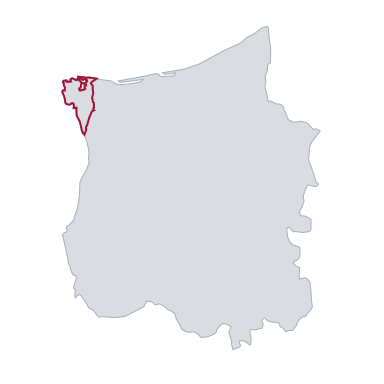 Sud-Comoé highlighted on a map of Ivory Coast, rotated 176°
{"feature_id": "CIV-3462", "entity_name": "Sud-Comoé", "entity_type": "Region", "adm_level": 1, "iso_a3": "CIV", "parent_name": "Ivory Coast", "parent_adm1": "", "projection": "natural_earth1", "projection_center": [-3.177, 5.67], "detail": "fine", "context": "in_parent", "style": "outline", "palette": "rose", "viewbox_px": 384, "rotation_deg": 176, "n_neighbors": 0, "source": "natural_earth", "source_scale": "10m", "svg_char_len": 5940}
<svg xmlns="http://www.w3.org/2000/svg" viewBox="0 0 384 384"><g transform="rotate(176 192 192)"><path d="M87.1,60.1L88.4,60.1L91.7,58.9L94.7,56.4L97.5,51.1L101.4,46.8L105.6,47.1L106.9,46.3L108.4,46.2L110.2,49.0L112.0,51.1L113.3,51.2L114.2,55.2L122.0,56.9L125.3,58.0L128.2,61.0L129.1,61.1L130.3,60.4L131.2,59.4L131.4,58.3L130.2,55.6L130.8,53.2L132.0,51.1L134.1,50.9L137.1,50.3L140.6,50.3L143.1,50.7L144.2,48.6L143.2,42.5L143.5,39.2L143.9,36.4L144.9,35.3L148.7,38.8L152.3,40.1L154.8,40.2L155.5,39.5L154.4,35.7L154.7,34.5L155.7,33.8L157.3,33.4L161.9,31.9L162.3,32.2L163.2,38.2L162.8,40.2L163.7,44.3L164.9,48.1L164.8,49.7L163.8,52.1L162.7,54.2L162.8,55.1L164.6,56.6L168.0,58.1L171.6,58.5L173.6,56.3L175.6,54.4L177.1,52.8L177.6,50.4L179.8,48.7L186.3,46.5L192.3,46.2L193.7,46.9L196.4,50.2L199.8,52.5L205.0,52.2L208.7,53.6L212.0,56.1L214.1,61.8L216.5,65.9L217.6,71.8L221.3,74.9L224.3,76.3L228.3,80.5L232.4,82.7L236.7,82.2L238.7,84.4L241.9,86.0L245.1,86.1L247.9,81.2L251.6,79.3L261.0,75.3L264.8,73.6L268.5,72.4L277.6,72.1L286.0,73.3L290.2,74.2L293.0,73.5L295.7,75.9L298.5,80.7L300.8,82.3L303.2,84.0L304.9,87.8L307.0,91.7L308.1,93.4L310.6,97.1L312.8,97.2L314.9,95.6L315.8,94.4L316.2,96.8L315.4,100.9L315.6,103.4L316.8,104.3L316.1,107.6L313.6,113.0L313.6,116.3L316.1,117.3L317.9,120.7L318.9,126.6L320.0,128.6L320.1,129.8L321.9,144.0L324.1,158.3L322.7,160.2L320.7,160.7L319.5,161.4L319.1,162.7L320.0,164.7L319.4,166.5L317.0,167.7L311.8,172.2L311.4,174.0L310.0,177.9L308.9,180.3L307.2,184.6L304.5,196.2L303.5,205.8L303.3,208.8L302.3,210.8L301.1,213.8L295.4,222.0L292.5,228.8L292.9,231.7L293.0,234.6L292.1,236.7L292.3,242.4L293.0,247.2L294.0,251.8L298.1,265.0L300.3,273.0L301.6,279.5L302.8,283.8L303.9,285.6L304.3,287.3L310.5,288.4L311.6,289.4L313.3,297.8L313.0,301.6L311.8,303.1L311.9,306.3L311.6,310.3L310.7,311.9L307.3,312.1L304.9,313.6L301.9,313.0L301.6,312.0L299.9,311.6L295.4,309.4L296.1,302.1L294.0,301.7L292.4,302.7L289.2,311.5L287.6,313.0L265.0,308.5L260.0,304.8L254.1,304.0L243.9,304.4L235.4,305.5L233.0,307.7L254.4,306.4L256.7,306.7L257.7,308.0L230.7,310.9L220.3,312.6L217.3,312.1L215.0,309.3L203.8,309.0L201.4,309.9L200.1,312.0L204.5,311.5L211.4,311.4L213.3,313.0L191.5,315.1L176.4,319.0L169.9,321.9L148.8,331.5L136.0,336.1L132.6,337.7L126.7,342.4L119.2,345.4L110.7,350.9L105.6,352.1L104.4,350.4L104.3,341.0L103.6,328.5L103.9,323.7L104.6,319.2L104.6,315.5L107.2,314.1L107.9,312.5L108.3,307.7L110.7,303.3L110.7,295.5L111.4,293.9L112.0,291.9L111.0,286.8L109.6,277.3L109.0,276.7L108.4,277.1L107.1,277.3L101.8,274.0L97.7,273.4L94.8,270.6L94.6,267.4L93.3,265.5L92.3,261.8L90.9,257.5L86.8,254.9L83.1,254.3L80.4,254.9L77.2,254.7L73.6,253.3L71.1,251.7L68.8,248.6L66.6,246.1L64.8,246.4L62.7,245.8L60.6,244.7L59.9,243.8L68.7,233.9L71.7,229.0L72.0,226.1L72.1,223.1L73.0,220.0L73.3,215.4L68.5,198.4L67.3,193.1L66.0,191.6L65.2,191.0L67.6,188.8L71.0,189.4L76.2,191.1L77.3,189.4L81.3,180.8L81.2,177.7L80.8,175.5L83.1,169.6L84.9,167.3L85.9,164.9L85.6,161.5L84.2,160.3L82.4,160.5L80.2,159.7L76.9,157.8L75.2,156.1L75.8,148.3L76.1,145.9L77.3,144.5L79.1,144.2L84.2,143.9L88.4,144.8L92.0,145.3L94.0,145.3L95.6,147.6L97.6,150.0L99.5,149.9L100.1,148.2L99.7,140.5L98.5,136.5L95.7,132.6L88.5,129.3L88.4,124.6L89.1,119.6L90.7,117.7L96.1,114.5L95.1,112.8L93.4,110.9L90.0,109.1L90.8,103.0L91.0,97.6L88.1,98.2L85.2,98.6L82.7,96.9L80.6,93.6L80.3,84.6L80.3,74.2L79.9,69.6L80.7,67.2L83.3,64.9L86.1,62.0L87.1,60.1ZM298.9,313.1L297.8,315.1L292.0,313.8L293.4,312.2L298.9,313.1Z" fill="#d9dde1" stroke="#a8b0b8" stroke-width="1"/><path d="M295.3,256.8L295.4,257.0L296.7,258.3L297.6,261.1L298.9,269.5L299.5,271.3L301.2,274.8L301.7,276.6L301.8,278.4L301.4,284.2L304.2,283.9L303.8,287.0L304.0,288.3L305.0,289.0L305.9,288.9L307.3,287.9L308.0,287.6L311.1,288.5L311.7,289.0L312.0,289.7L312.2,290.5L312.3,293.1L313.0,296.7L314.2,299.9L314.4,300.8L314.3,301.7L313.9,302.3L313.3,302.4L311.8,302.1L311.5,305.2L311.7,305.9L312.3,306.9L312.5,307.5L312.4,307.9L312.3,309.0L312.3,309.5L313.0,310.2L313.2,310.5L312.8,311.5L312.2,312.0L311.2,312.1L309.5,312.1L309.4,310.7L307.9,310.4L306.2,310.7L305.0,310.7L305.4,311.7L305.2,312.7L304.5,313.5L303.7,313.8L303.0,313.5L300.7,312.3L300.0,311.7L299.1,312.0L297.4,312.0L296.7,312.4L296.3,311.4L295.7,310.3L294.9,309.3L294.2,308.9L293.8,308.6L294.3,307.8L295.0,307.1L295.2,306.9L295.4,306.2L295.5,304.7L295.8,304.1L296.4,303.7L296.9,303.5L297.2,303.2L297.3,302.2L297.2,301.5L296.9,301.1L296.4,301.0L295.6,301.0L295.4,301.1L295.2,301.4L294.9,301.6L294.5,301.7L294.1,301.7L293.5,301.4L293.1,301.4L292.7,301.5L291.9,302.2L291.3,302.4L291.8,303.6L292.0,304.6L291.7,305.3L290.4,305.5L290.6,305.9L290.6,306.2L290.5,306.6L290.2,306.9L290.6,307.2L290.7,307.3L290.4,307.3L290.9,307.4L291.3,307.6L291.8,307.6L292.3,307.6L292.3,307.9L291.8,308.1L291.2,308.1L290.7,308.2L290.4,308.5L290.0,309.0L289.8,309.5L289.6,310.0L289.1,309.6L288.8,309.8L288.9,310.3L289.6,310.7L289.3,311.3L289.6,311.7L290.1,312.0L290.7,312.1L289.2,313.5L286.3,313.4L279.3,311.7L284.2,308.8L285.3,307.6L285.2,307.3L285.2,307.1L285.1,306.9L285.0,306.7L284.8,306.5L284.0,305.7L283.9,305.5L283.8,305.3L283.7,305.1L283.6,304.8L283.6,304.6L283.6,304.3L283.9,302.0L283.6,298.4L283.7,297.2L283.8,296.7L284.6,294.6L285.0,293.3L285.1,292.8L285.1,292.4L285.0,292.1L284.9,291.9L284.8,291.5L284.6,289.2L284.5,288.8L284.4,288.6L284.3,288.4L284.1,288.3L283.9,288.1L283.7,287.9L283.7,287.4L283.9,283.4L284.0,283.1L284.5,282.4L284.7,282.0L284.7,281.8L284.6,281.3L283.9,280.4L285.6,279.8L285.8,279.7L286.0,279.6L286.2,279.4L289.3,273.4L291.9,266.1L292.3,265.3L292.7,264.9L293.0,264.6L293.1,264.4L293.2,264.0L293.3,263.6L293.3,263.0L293.1,262.0L293.1,261.7L293.6,260.4L295.3,256.8L295.3,256.8ZM297.7,314.1L297.5,315.0L295.6,314.5L291.3,314.0L290.7,313.6L290.9,312.9L291.7,312.0L292.6,311.3L293.7,311.7L294.0,311.9L294.1,312.2L294.2,312.5L294.3,312.7L294.7,312.9L295.6,313.3L295.8,313.2L296.0,313.1L296.4,313.4L297.0,314.1L297.6,314.2L297.7,314.1Z" fill="none" stroke="#9f1239" stroke-width="2"/></g></svg>